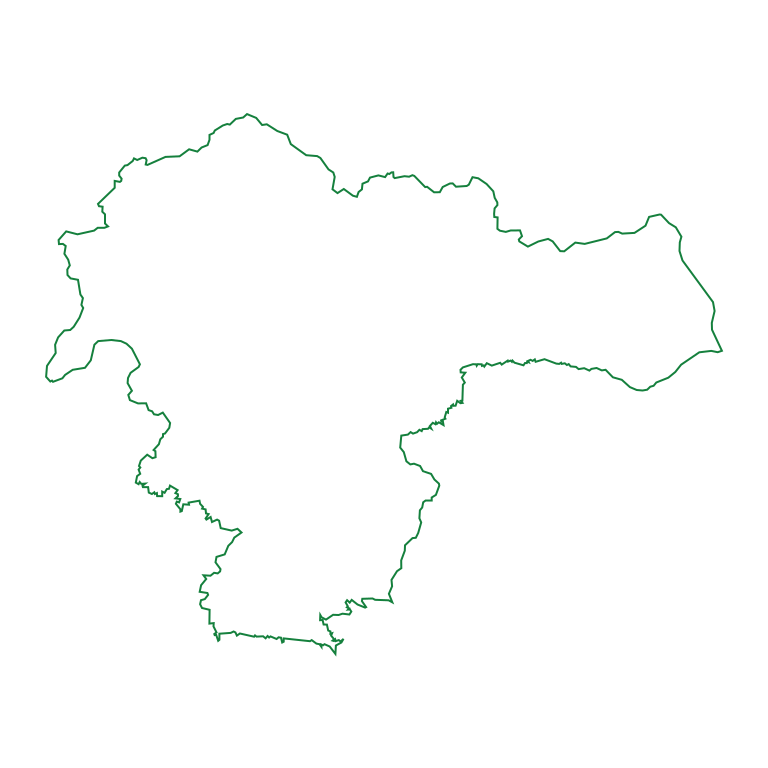 outline of Quininde, Esmeraldas, Ecuador
{"feature_id": "8360857B19300187334866", "entity_name": "Quininde", "entity_type": "district", "adm_level": 2, "iso_a3": "ECU", "parent_name": "Ecuador", "parent_adm1": "Esmeraldas", "projection": "mercator", "projection_center": [-79.433, 0.315], "detail": "fine", "context": "isolated", "style": "outline", "palette": "green", "viewbox_px": 768, "rotation_deg": 0, "n_neighbors": 0, "source": "geoboundaries", "source_scale": "gbopen_adm2", "svg_char_len": 6087}
<svg xmlns="http://www.w3.org/2000/svg" viewBox="0 0 768 768"><path d="M214.3,634.0L214.7,635.1L216.2,634.9L218.2,640.8L219.4,639.8L219.4,633.7L230.7,632.9L233.6,631.5L235.4,632.4L236.9,635.6L239.9,633.5L254.1,636.7L255.0,635.4L256.5,636.6L263.1,636.3L265.6,638.3L267.6,636.0L269.1,637.5L270.5,636.4L276.6,639.0L278.6,637.3L281.0,637.7L282.2,642.5L283.7,641.7L283.7,638.4L310.0,641.2L311.7,640.1L316.4,643.6L319.5,644.2L321.4,646.8L321.3,644.5L323.0,645.3L324.5,644.2L329.7,646.5L335.4,653.9L335.9,645.5L341.4,642.5L343.5,638.9L340.6,641.5L338.8,640.1L335.7,641.1L335.2,639.4L333.9,641.0L332.6,640.6L334.2,639.3L331.1,635.6L332.1,633.2L330.4,633.7L330.4,631.4L328.2,630.5L326.9,624.6L323.6,624.5L322.6,620.0L320.1,620.2L320.3,615.0L321.6,617.3L326.0,619.6L333.1,614.8L338.6,615.0L342.5,613.7L349.4,614.5L351.3,611.6L349.9,609.4L348.0,609.6L349.1,608.3L346.9,607.3L347.8,606.3L345.6,602.4L347.1,600.2L349.7,602.6L351.7,599.9L357.5,604.5L365.1,607.6L366.1,607.1L361.9,601.1L362.3,598.8L372.6,598.5L375.1,599.8L388.6,600.3L392.3,602.3L388.9,593.8L392.1,586.3L391.5,579.9L397.0,571.2L401.3,568.2L401.2,560.4L404.8,550.7L405.0,545.3L412.5,538.1L415.8,537.8L418.2,533.0L421.2,522.4L419.4,518.3L419.9,510.3L422.2,507.5L423.2,502.3L425.6,500.5L431.7,500.5L431.7,497.5L435.9,494.9L439.3,485.6L438.9,483.6L434.4,479.5L431.1,473.9L423.0,471.2L420.1,466.0L414.0,463.7L410.3,464.4L406.4,461.3L403.8,452.1L400.2,447.6L401.3,435.6L407.9,434.6L410.6,432.1L413.0,433.6L417.1,432.2L419.4,429.8L421.7,431.1L422.6,429.1L428.0,428.8L429.2,427.3L431.2,428.6L429.9,426.0L432.8,422.8L435.4,424.2L436.0,422.3L437.0,423.8L438.8,422.3L443.5,425.1L442.8,420.9L441.4,421.6L441.1,420.4L445.4,418.7L444.7,417.4L446.3,412.0L448.0,412.7L448.0,408.7L451.4,407.8L451.0,406.1L453.0,404.5L453.2,405.8L455.6,405.7L457.2,400.8L460.5,403.2L462.5,402.9L460.9,400.8L462.4,400.6L462.9,384.7L464.8,382.6L461.8,377.5L465.3,372.7L460.7,372.4L460.5,369.8L462.9,367.4L472.9,364.2L476.2,364.3L476.7,365.7L477.6,364.2L481.7,364.3L482.0,365.9L483.6,365.4L484.3,366.6L486.8,363.2L491.8,365.6L500.2,362.8L501.7,364.6L507.7,360.6L508.0,361.6L510.7,360.6L511.9,361.8L512.5,360.6L514.5,362.7L523.5,365.3L525.0,363.0L526.8,363.1L527.2,361.5L528.7,362.2L528.1,360.9L530.5,359.8L532.7,360.9L534.8,359.4L535.6,361.8L544.5,359.2L556.3,363.6L559.2,363.9L561.1,362.7L561.7,363.9L564.8,363.3L566.9,365.0L568.7,364.1L570.6,366.4L576.0,366.9L578.6,369.1L584.2,368.2L589.4,370.6L591.4,368.9L596.6,368.0L601.8,370.4L605.6,369.8L612.9,377.3L621.8,379.8L629.9,387.1L636.7,390.0L642.6,390.5L647.2,389.7L650.3,386.7L653.6,385.8L656.3,382.5L668.3,377.7L675.3,372.0L681.1,364.7L699.3,352.3L711.3,350.9L717.7,352.2L721.9,350.8L712.0,329.7L711.8,322.9L714.6,311.0L713.0,302.1L682.5,260.5L679.5,251.0L679.8,242.4L681.4,236.7L675.8,227.3L669.0,223.1L661.1,214.7L659.6,214.5L649.1,216.9L645.5,225.7L634.5,232.9L622.2,233.6L618.4,231.9L615.0,232.1L606.8,238.4L584.7,243.9L575.3,242.6L564.2,251.3L560.2,251.1L552.7,241.4L548.1,238.9L538.3,241.5L527.9,246.6L519.3,241.4L518.8,239.5L522.0,236.2L520.0,230.4L510.6,230.5L505.8,231.9L499.9,230.7L497.4,228.8L497.6,217.4L494.3,217.0L494.1,213.8L494.6,208.4L497.4,205.1L497.3,202.4L494.7,197.8L493.3,191.3L486.6,184.0L478.3,178.3L472.5,177.2L468.8,184.7L466.7,186.0L456.0,186.7L452.7,183.4L449.9,183.5L442.7,187.0L439.8,192.2L434.1,192.3L427.1,186.8L425.2,187.1L414.3,175.9L412.4,175.2L409.1,176.7L404.5,176.2L394.7,178.1L393.5,177.0L393.2,172.3L391.5,172.4L389.3,174.0L387.6,173.5L385.1,177.1L378.4,175.4L370.0,177.6L368.0,181.4L362.5,183.7L361.9,189.4L358.6,192.0L356.9,196.8L352.9,195.7L343.8,189.0L337.5,193.1L332.5,189.3L334.7,176.9L333.3,172.5L328.5,169.4L320.4,158.0L317.2,156.1L306.2,155.2L290.8,144.1L287.2,134.7L277.3,131.0L266.8,124.3L262.1,125.0L256.2,117.9L247.0,114.1L243.2,117.5L235.8,118.9L229.8,124.6L227.2,124.0L222.8,125.5L214.8,130.5L213.6,133.0L209.5,134.9L209.5,139.8L207.6,145.1L201.6,147.5L197.4,151.6L189.1,149.3L179.6,156.3L165.5,156.9L147.5,164.9L145.7,164.5L146.6,160.2L145.6,158.2L142.4,157.7L137.2,160.0L134.0,158.4L132.8,160.9L127.5,165.1L124.8,165.6L119.2,172.5L119.2,175.6L121.6,178.7L121.2,180.9L119.9,181.9L114.7,180.9L114.7,187.8L98.0,203.9L99.0,206.2L102.6,206.7L102.3,211.7L105.0,214.3L105.0,223.5L108.0,226.4L104.4,227.8L97.7,227.8L94.1,230.6L77.5,234.3L66.2,231.4L58.6,240.0L59.0,244.1L62.9,243.9L65.7,246.0L64.4,253.8L68.2,259.7L69.8,265.4L67.3,269.5L67.5,275.0L70.6,278.4L78.0,279.8L80.4,294.5L82.9,298.1L81.4,304.9L83.2,308.0L79.5,317.6L73.7,326.8L70.2,330.0L64.3,330.5L58.1,337.4L55.1,344.8L55.7,353.0L47.0,365.9L46.1,376.8L50.3,381.5L52.0,380.6L53.0,381.8L62.4,378.3L65.1,374.9L72.7,369.8L85.0,367.8L90.8,360.3L94.4,344.7L98.2,341.1L111.3,340.0L120.9,341.1L126.5,343.7L131.9,348.7L139.9,364.3L138.6,367.0L130.6,372.8L128.0,378.0L127.6,383.1L131.9,390.8L128.3,394.9L129.9,400.1L138.0,403.4L146.1,403.3L148.6,410.1L152.1,411.3L154.0,414.3L158.1,415.0L162.8,412.6L170.1,423.0L169.3,427.8L165.0,433.5L163.0,434.1L163.0,436.7L160.3,439.3L158.9,444.2L153.6,450.0L155.4,451.2L155.6,457.2L152.4,458.2L147.2,454.7L140.8,460.6L139.0,466.0L140.3,467.5L138.6,469.6L140.2,473.8L137.1,476.1L135.8,482.6L138.6,484.2L139.7,482.0L141.3,483.9L145.2,483.6L142.5,485.7L142.9,487.1L148.1,487.1L148.8,492.6L151.9,494.0L154.3,492.3L154.9,494.0L156.9,493.1L157.1,496.1L162.2,496.2L162.2,491.6L164.6,492.8L166.8,489.1L169.0,488.8L170.0,485.6L177.6,490.1L175.4,493.1L177.9,494.2L178.0,496.0L175.5,498.4L180.3,499.0L179.1,502.4L176.8,501.6L175.9,503.8L180.4,509.3L180.4,511.6L181.8,511.1L183.3,504.3L189.0,504.7L188.6,502.6L199.5,500.7L200.1,503.8L203.0,506.9L202.1,508.6L205.6,509.4L206.0,513.4L208.6,514.1L205.6,518.5L206.4,519.6L210.6,517.0L212.0,522.0L217.1,519.6L219.1,520.7L220.7,528.1L231.7,530.6L237.5,528.8L241.5,532.5L234.3,537.6L232.1,542.1L228.3,545.8L224.7,554.4L216.5,556.9L215.5,562.3L220.5,569.1L220.1,571.4L217.7,573.4L214.1,572.8L210.5,575.7L203.5,575.3L206.2,579.0L201.1,585.2L199.7,591.8L207.4,593.0L208.1,594.9L204.8,599.1L201.0,600.2L200.1,604.2L202.0,608.0L209.6,609.8L209.4,623.6L213.7,623.1L213.5,626.4L216.5,632.4L214.3,634.0Z" fill="none" stroke="#15803d" stroke-width="2"/></svg>